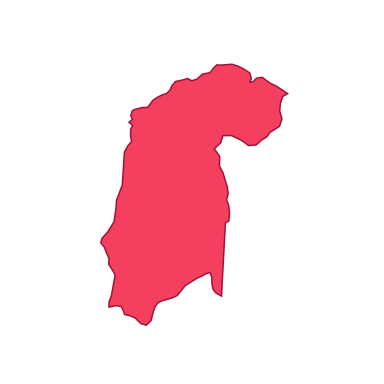 outline of Nerópolis, Goiás, Brazil, rotated 233°
{"feature_id": "56859067B33063676533172", "entity_name": "Nerópolis", "entity_type": "district", "adm_level": 2, "iso_a3": "BRA", "parent_name": "Brazil", "parent_adm1": "Goiás", "projection": "albers", "projection_center": [-49.185, -16.43], "detail": "fine", "context": "isolated", "style": "filled", "palette": "rose", "viewbox_px": 384, "rotation_deg": 233, "n_neighbors": 0, "source": "geoboundaries", "source_scale": "gbopen_adm2", "svg_char_len": 1548}
<svg xmlns="http://www.w3.org/2000/svg" viewBox="0 0 384 384"><g transform="rotate(233 192 192)"><path d="M194.0,86.9L188.7,85.6L184.3,82.0L177.9,81.5L172.0,80.7L157.6,65.1L154.4,60.0L150.1,56.4L146.7,63.3L143.3,66.4L139.9,66.1L134.7,64.5L130.2,68.2L125.6,70.8L121.7,71.3L117.6,72.1L113.1,75.3L113.9,81.9L119.5,88.8L122.3,93.0L124.0,98.1L123.1,102.8L121.8,106.1L119.5,112.0L118.2,117.7L119.6,123.4L121.3,130.2L120.2,143.7L118.9,149.4L118.4,153.9L116.7,158.0L112.0,156.5L106.0,152.3L101.4,150.2L96.8,150.4L91.1,152.9L147.1,200.0L146.7,204.0L152.7,209.4L159.7,213.5L164.7,214.7L169.0,220.0L175.0,223.3L181.3,225.5L188.2,228.2L196.3,229.6L203.6,235.5L213.1,235.8L214.0,244.4L218.4,250.6L213.2,257.6L202.1,263.2L195.1,265.0L191.0,271.5L191.6,279.7L191.0,284.9L192.7,290.4L192.1,297.3L191.8,301.4L196.2,307.8L204.1,310.9L209.6,316.0L213.7,321.8L213.0,327.6L221.0,324.8L226.1,322.9L231.0,320.3L236.0,318.6L241.3,317.2L244.1,311.9L243.3,307.6L244.7,304.2L246.9,307.6L252.3,309.8L258.9,307.4L264.5,304.7L270.0,300.8L273.3,295.6L275.8,291.7L278.6,288.3L278.1,284.0L276.5,277.9L279.8,271.6L279.2,263.8L281.0,258.7L285.3,256.8L287.1,251.9L290.2,245.3L289.0,239.9L286.7,236.0L285.9,230.9L287.6,226.5L288.4,221.5L288.8,216.1L287.4,211.4L286.3,207.4L289.3,203.3L292.0,197.1L292.9,193.4L289.9,189.1L286.0,188.2L285.6,183.6L280.9,184.6L279.0,180.7L273.7,176.6L268.7,174.2L267.6,168.8L264.6,162.1L239.6,140.6L230.6,126.5L224.2,121.0L215.2,111.8L210.9,101.1L209.2,92.3L206.2,88.5L200.7,88.8L194.0,86.9Z" fill="#f43f5e" stroke="#9f1239" stroke-width="1.5"/></g></svg>